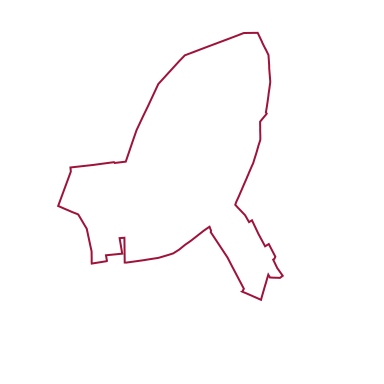 outline of Dudestii Vechi, Timis, Romania, rotated 245°
{"feature_id": "2599482B33662802987078", "entity_name": "Dudestii Vechi", "entity_type": "district", "adm_level": 2, "iso_a3": "ROU", "parent_name": "Romania", "parent_adm1": "Timis", "projection": "equal_earth", "projection_center": [20.432, 46.07], "detail": "fine", "context": "isolated", "style": "outline", "palette": "rose", "viewbox_px": 384, "rotation_deg": 245, "n_neighbors": 0, "source": "geoboundaries", "source_scale": "gbopen_adm2", "svg_char_len": 2104}
<svg xmlns="http://www.w3.org/2000/svg" viewBox="0 0 384 384"><g transform="rotate(245 192 192)"><path d="M298.4,318.9L308.5,318.8L312.2,310.6L314.2,306.1L315.4,289.4L317.1,267.6L318.9,243.3L316.0,235.7L304.1,207.1L289.5,189.7L288.9,189.0L281.6,180.0L274.5,171.5L271.6,168.0L264.4,161.0L247.5,144.8L251.0,134.2L252.0,133.9L255.6,122.5L258.3,113.8L262.7,100.8L265.6,92.2L261.7,90.8L261.5,90.6L235.9,64.8L230.9,69.2L227.7,72.1L226.0,73.6L224.5,74.9L221.4,77.9L219.7,79.4L214.9,79.9L205.7,80.8L203.3,81.1L186.4,77.2L180.6,75.9L178.6,75.0L177.3,74.4L175.3,73.5L173.9,72.9L171.9,71.9L169.8,71.0L169.5,70.9L165.4,85.3L165.4,85.7L165.5,85.8L171.0,87.3L165.6,102.7L180.8,106.9L179.1,111.4L156.5,101.2L155.8,102.6L154.3,107.4L152.4,113.6L150.7,119.1L149.3,124.1L146.5,133.7L145.0,143.6L144.3,149.0L145.2,156.0L147.0,163.1L148.3,170.5L150.0,177.9L152.0,186.5L152.8,191.2L153.0,192.4L153.1,193.2L148.8,192.9L147.7,192.0L135.8,193.8L117.6,196.5L107.8,196.9L82.4,198.1L80.5,195.6L80.5,195.4L80.0,195.8L77.1,198.5L67.4,207.0L65.4,208.7L65.1,209.0L66.7,210.3L69.0,212.3L71.4,214.4L73.7,216.4L76.2,218.6L78.3,220.5L80.5,222.4L82.8,224.4L84.8,226.2L81.6,226.5L80.4,228.7L79.2,231.1L78.1,233.3L77.0,235.4L77.7,238.8L85.0,237.5L87.0,237.1L96.4,237.0L96.6,238.4L98.2,240.2L112.4,239.6L111.9,235.3L125.8,234.5L141.0,234.4L140.6,231.0L148.6,230.3L158.3,227.0L162.1,225.8L164.4,228.0L167.4,231.6L169.7,234.2L170.6,235.2L173.5,238.5L176.2,241.5L179.2,244.9L181.8,247.9L182.3,248.3L184.3,250.7L184.9,251.2L186.9,253.5L190.3,257.3L191.8,259.1L192.2,259.6L193.9,261.1L194.9,262.0L197.3,264.2L199.7,266.4L201.7,268.2L203.5,269.7L205.0,271.1L205.4,271.3L207.2,273.0L210.0,275.6L210.2,275.8L210.7,276.1L212.6,277.0L214.8,278.0L216.0,278.5L218.0,279.4L218.8,279.7L221.7,281.1L225.1,282.6L226.8,283.4L227.0,283.5L227.6,284.8L228.8,287.3L231.0,292.0L231.2,292.4L231.4,292.8L231.5,292.9L232.9,292.6L234.5,293.7L238.0,296.1L243.0,299.4L246.4,301.6L249.5,303.5L252.5,305.5L255.6,307.5L258.7,309.5L271.9,314.4L273.5,315.2L283.8,319.2L290.4,319.1L290.5,319.0L297.5,318.8L298.4,318.9Z" fill="none" stroke="#9f1239" stroke-width="2"/></g></svg>